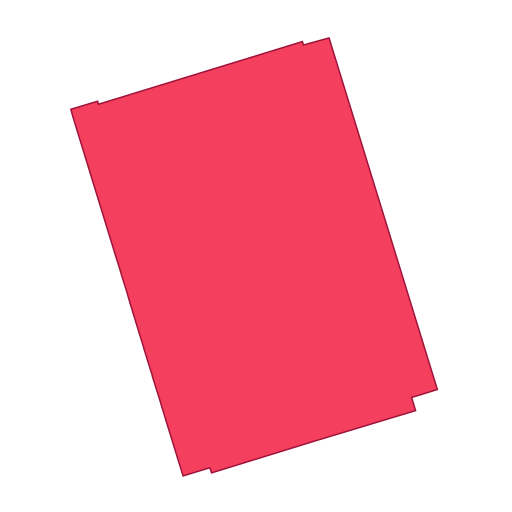 outline of Cheyenne, Nebraska, United States of America, rotated 73°
{"feature_id": "52423323B82080185563288", "entity_name": "Cheyenne", "entity_type": "district", "adm_level": 2, "iso_a3": "USA", "parent_name": "United States of America", "parent_adm1": "Nebraska", "projection": "robinson", "projection_center": [-102.944, 41.22], "detail": "fine", "context": "isolated", "style": "filled", "palette": "rose", "viewbox_px": 512, "rotation_deg": 73, "n_neighbors": 0, "source": "geoboundaries", "source_scale": "gbopen_adm2", "svg_char_len": 750}
<svg xmlns="http://www.w3.org/2000/svg" viewBox="0 0 512 512"><g transform="rotate(73 256 256)"><path d="M436.7,121.6L68.8,122.4L68.1,148.9L64.5,148.9L64.8,362.2L61.7,362.2L61.5,390.2L70.2,390.4L71.4,390.4L215.0,390.2L215.6,390.2L224.2,390.1L224.9,390.1L232.3,390.1L234.6,390.2L253.1,390.0L254.1,390.1L262.9,390.2L263.5,390.3L272.4,390.2L273.0,390.3L273.9,390.3L274.5,390.3L281.9,390.2L282.8,390.3L291.6,390.2L292.4,390.3L301.2,390.2L302.1,390.2L310.8,390.2L311.7,390.3L320.7,390.2L321.7,390.3L330.0,390.2L331.5,390.2L339.6,390.1L341.1,390.3L368.2,390.1L371.6,390.2L377.7,390.1L385.3,390.2L428.6,390.1L445.0,390.0L445.0,362.1L450.4,361.9L450.1,255.3L450.5,148.6L436.8,148.5L436.7,121.6Z" fill="#f43f5e" stroke="#9f1239" stroke-width="1.5"/></g></svg>